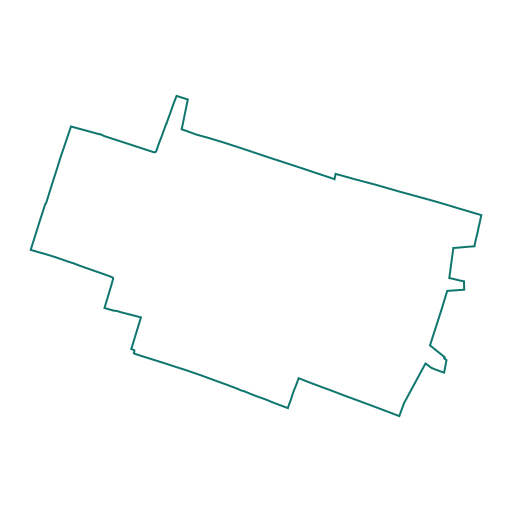 outline of Bucinisu, Olt, Romania
{"feature_id": "2599482B88524911604517", "entity_name": "Bucinisu", "entity_type": "district", "adm_level": 2, "iso_a3": "ROU", "parent_name": "Romania", "parent_adm1": "Olt", "projection": "mercator", "projection_center": [24.274, 43.94], "detail": "fine", "context": "isolated", "style": "outline", "palette": "teal", "viewbox_px": 512, "rotation_deg": 0, "n_neighbors": 0, "source": "geoboundaries", "source_scale": "gbopen_adm2", "svg_char_len": 2716}
<svg xmlns="http://www.w3.org/2000/svg" viewBox="0 0 512 512"><path d="M444.1,372.6L446.0,362.8L446.5,360.1L444.2,358.4L444.1,358.1L444.7,357.2L430.0,345.4L442.2,307.4L447.2,290.9L462.9,289.8L464.2,289.7L464.1,286.9L464.0,281.3L462.2,281.0L460.2,280.6L459.3,280.4L458.4,280.1L456.5,279.7L453.4,278.9L449.3,278.1L450.2,271.4L451.4,262.5L451.5,261.6L451.8,259.4L453.3,248.3L453.3,248.0L457.7,247.7L460.7,247.4L470.0,246.6L474.5,246.3L475.0,243.4L475.1,242.8L475.2,242.3L475.9,239.3L476.7,236.0L477.3,233.5L478.0,230.5L478.7,226.9L479.4,223.9L480.1,220.8L481.0,216.5L481.3,215.1L474.4,213.1L459.6,208.7L436.6,201.8L398.7,191.4L390.1,188.9L375.5,184.7L356.5,179.7L335.6,173.9L334.7,178.2L334.5,179.2L334.1,179.0L309.2,170.7L287.4,163.5L268.3,157.3L254.4,152.6L240.6,148.0L223.7,142.5L207.8,137.7L196.7,134.7L185.5,130.6L181.7,129.3L187.8,99.5L176.6,95.9L175.8,97.9L173.4,104.1L170.2,113.2L166.9,122.4L166.4,123.8L166.2,123.8L165.9,124.6L165.6,125.5L161.4,137.0L160.7,139.1L160.4,139.4L159.6,141.6L158.4,144.9L157.7,146.8L156.8,149.7L156.1,151.3L155.8,151.8L155.5,152.1L155.1,152.1L154.4,152.1L154.1,152.2L153.7,152.2L126.2,143.2L104.3,136.1L101.4,134.7L100.6,134.3L100.3,134.1L100.1,134.3L99.6,134.3L71.0,126.5L60.1,158.6L57.7,166.5L51.5,185.8L46.0,203.5L45.3,203.9L40.3,219.4L30.7,249.9L31.7,250.2L45.7,254.2L50.7,255.7L53.2,256.5L56.4,257.5L68.7,261.8L72.8,263.1L73.8,263.4L78.1,265.1L82.5,266.7L86.7,268.2L87.4,268.4L92.2,270.1L96.0,271.4L99.1,272.5L100.6,273.0L102.5,273.7L104.7,274.5L106.0,274.9L106.3,275.0L106.7,275.2L107.2,275.4L107.9,275.6L108.8,276.0L110.1,276.4L110.7,276.7L112.0,277.2L112.6,277.6L113.1,277.9L113.2,278.3L113.1,278.8L111.3,285.3L110.6,287.7L110.1,289.2L109.2,292.4L108.8,293.8L108.0,296.3L104.5,308.0L110.0,309.6L112.9,310.4L113.9,310.7L116.6,310.9L119.9,311.9L120.8,312.2L139.2,316.9L140.9,317.3L140.9,317.6L138.6,325.1L131.7,347.7L131.3,349.0L132.3,349.4L134.2,350.2L134.4,350.8L134.4,351.1L134.3,351.5L133.8,353.2L134.3,353.5L135.3,354.0L144.1,356.8L165.7,363.6L173.0,366.0L181.7,368.8L185.9,370.1L195.1,373.3L201.8,375.6L207.5,377.7L216.4,381.0L225.6,384.3L231.2,386.4L237.0,388.6L241.3,390.5L243.5,391.0L252.8,394.8L258.1,396.8L262.7,398.4L267.1,400.0L271.2,401.8L278.0,404.4L287.9,408.1L288.8,405.2L290.0,402.0L290.4,401.0L291.7,397.1L292.4,394.8L293.8,390.8L295.9,385.7L297.4,381.6L298.7,378.2L299.0,378.3L306.0,381.1L310.2,382.7L313.8,384.1L318.2,385.7L324.3,388.0L329.0,389.7L335.4,392.1L342.9,395.0L346.7,396.4L354.0,399.1L359.0,400.9L361.9,402.0L364.0,402.8L369.0,404.6L399.3,416.1L401.7,409.5L404.1,402.9L404.5,402.2L405.1,401.2L411.3,389.7L420.4,372.9L425.5,363.5L426.4,364.1L431.3,367.8L434.6,369.2L442.0,371.9L444.1,372.6Z" fill="none" stroke="#0f766e" stroke-width="2"/></svg>